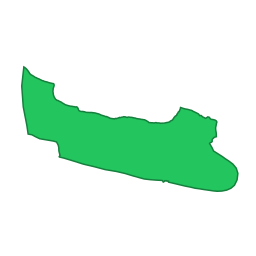 outline of Mad, Vientiane, Laos, rotated 79°
{"feature_id": "54806243B62258390491570", "entity_name": "Mad", "entity_type": "district", "adm_level": 2, "iso_a3": "LAO", "parent_name": "Laos", "parent_adm1": "Vientiane", "projection": "albers", "projection_center": [101.829, 18.685], "detail": "fine", "context": "isolated", "style": "filled", "palette": "green", "viewbox_px": 256, "rotation_deg": 79, "n_neighbors": 0, "source": "geoboundaries", "source_scale": "gbopen_adm2", "svg_char_len": 5344}
<svg xmlns="http://www.w3.org/2000/svg" viewBox="0 0 256 256"><g transform="rotate(79 128 128)"><path d="M188.9,98.5L191.4,92.9L193.6,88.1L196.0,82.8L198.1,77.6L199.9,73.7L201.2,69.8L202.8,65.5L203.9,62.3L206.1,56.0L207.1,52.6L207.8,47.9L207.8,43.0L206.8,38.5L204.5,34.4L199.7,30.8L193.5,28.8L188.1,29.4L183.5,31.9L179.7,35.3L176.8,38.3L174.2,40.7L166.9,48.4L163.6,49.2L160.3,50.3L158.9,50.9L158.2,50.3L157.8,48.5L157.0,47.8L156.0,47.8L154.9,47.2L154.4,46.1L153.6,45.1L153.4,42.9L151.9,42.7L150.4,42.4L148.9,42.3L147.8,42.3L146.1,42.2L144.3,41.9L142.5,41.1L140.2,40.2L139.1,39.6L137.7,40.1L137.0,40.8L136.4,41.9L135.9,42.9L135.3,44.8L134.6,45.5L133.8,45.8L133.1,46.1L132.7,46.7L132.3,47.6L132.5,48.0L132.9,48.8L133.3,50.0L132.9,50.6L132.0,51.6L131.3,52.7L130.6,53.1L129.7,53.8L129.5,54.6L129.5,55.3L128.7,55.6L127.6,56.2L126.8,57.2L124.9,59.7L124.3,60.6L122.9,62.1L122.1,63.9L121.1,65.8L120.3,68.0L119.3,70.0L117.9,72.5L118.5,72.8L118.9,72.9L119.5,73.2L120.0,73.5L120.4,73.9L120.7,74.1L121.1,74.3L121.3,74.4L121.5,74.5L121.7,74.8L121.8,74.9L121.8,75.1L121.8,75.4L122.0,75.5L122.5,76.0L122.8,76.2L123.0,76.4L123.4,76.9L124.0,77.4L124.1,77.5L124.4,77.5L124.5,77.6L124.8,77.8L124.9,78.0L125.0,78.2L125.1,78.5L125.2,78.9L125.3,79.1L125.4,79.4L125.5,79.5L125.8,79.6L125.9,79.8L125.9,80.0L126.0,80.2L126.1,80.3L126.8,81.1L127.1,81.3L127.3,81.4L127.4,81.5L127.5,81.7L127.6,81.8L127.7,82.0L127.9,82.1L128.3,82.3L128.4,82.6L129.0,83.4L128.9,84.0L129.1,84.4L129.2,84.8L129.5,85.5L129.9,85.8L129.9,86.2L129.9,86.5L130.1,86.9L130.1,87.6L130.1,87.9L130.0,88.8L130.1,90.6L130.1,91.3L130.1,91.7L130.0,92.2L129.8,93.4L129.7,93.7L129.7,94.3L129.7,94.8L129.6,95.0L129.5,95.5L129.3,95.6L129.0,96.5L128.9,96.9L128.8,97.2L128.7,97.9L128.6,98.1L128.6,98.4L128.5,98.7L128.3,99.0L128.2,99.2L128.0,99.5L128.0,100.1L128.0,100.4L128.1,101.4L128.0,101.6L127.9,101.8L127.8,102.2L127.5,103.1L127.4,103.7L127.2,104.4L127.2,104.6L127.0,105.1L126.9,105.3L126.8,105.9L126.7,106.2L126.6,106.5L126.2,106.7L126.0,106.9L125.5,107.2L125.3,107.5L124.9,108.0L124.7,108.2L124.3,108.5L124.1,108.8L124.0,109.0L123.7,109.5L123.2,109.9L122.7,111.4L122.4,112.1L122.3,112.4L122.3,112.7L122.1,113.1L122.0,113.5L121.7,114.1L121.5,114.4L121.4,114.8L121.1,115.6L121.1,115.9L121.0,116.1L120.9,116.3L120.7,116.8L120.6,117.1L120.5,117.4L120.4,117.6L120.3,117.8L120.3,118.0L119.9,118.6L119.6,119.0L119.4,119.5L119.4,120.0L119.2,120.4L119.0,120.6L118.9,120.8L118.8,121.2L118.7,121.6L118.5,121.8L118.3,122.0L118.2,122.5L118.1,123.3L117.7,124.1L117.7,124.4L117.3,125.5L117.3,126.1L117.4,126.3L117.5,126.6L117.5,126.9L117.4,127.1L117.2,127.3L117.1,127.7L116.9,127.9L116.6,128.3L116.6,128.6L116.6,128.8L116.4,129.2L116.2,129.6L116.1,129.8L116.1,130.2L116.2,130.6L116.3,130.8L116.3,131.1L116.2,131.6L116.2,132.3L116.3,133.6L116.4,134.0L116.2,134.4L116.0,134.5L116.3,135.4L116.4,136.4L116.6,137.5L116.4,137.7L116.2,138.3L116.3,138.9L116.3,139.0L116.6,139.3L116.2,140.2L116.2,140.4L115.2,143.2L114.7,144.2L114.7,144.4L114.3,144.5L113.6,145.5L113.0,146.4L112.6,147.0L112.7,147.5L112.1,148.4L111.5,149.3L111.1,150.1L110.7,150.9L110.0,152.2L109.2,153.1L108.6,154.1L108.1,155.1L107.6,156.2L107.3,156.7L106.9,157.5L106.7,158.4L106.6,158.6L106.2,159.6L106.3,159.9L105.9,160.5L105.7,161.5L105.5,162.5L105.2,163.8L105.0,164.4L105.0,164.8L104.9,165.2L104.6,166.2L104.1,167.1L103.8,167.5L103.5,168.4L103.3,168.8L103.1,169.3L103.1,169.7L103.0,170.1L102.9,170.6L102.2,172.1L101.5,172.8L100.8,173.1L99.7,173.2L98.6,173.5L98.2,173.7L97.8,173.9L97.4,174.6L97.3,174.9L97.3,175.2L97.3,175.3L97.4,175.5L97.3,175.9L96.7,176.8L96.5,177.8L96.0,178.8L95.8,179.6L95.5,180.6L94.2,183.2L94.0,183.6L93.4,184.7L92.7,185.7L91.8,186.5L91.3,187.2L91.0,187.7L90.6,187.9L90.2,188.2L89.7,188.8L89.5,189.1L88.6,190.4L88.1,190.9L87.6,191.6L87.3,192.2L87.3,192.5L86.8,192.8L86.4,193.2L85.8,193.7L85.5,193.8L84.9,194.0L83.6,194.5L82.7,194.7L81.7,194.8L81.0,194.9L80.2,194.8L79.2,194.8L78.7,194.7L78.2,194.8L77.4,194.6L75.4,194.0L74.9,193.9L74.1,193.4L73.0,192.8L72.5,192.5L71.9,192.4L71.3,192.3L70.8,192.4L70.4,192.5L70.1,192.9L70.0,193.2L69.8,193.8L69.7,194.2L69.5,194.5L69.3,194.9L69.0,195.6L68.7,196.3L67.7,198.2L67.3,198.7L67.2,199.3L66.8,199.9L66.5,200.7L66.1,201.4L65.5,202.2L65.0,203.3L64.5,204.0L64.2,204.2L63.7,205.0L62.9,205.9L62.4,206.8L61.7,207.8L60.9,208.7L60.7,209.2L60.3,209.7L59.8,210.2L59.3,210.6L58.7,211.3L58.3,211.7L58.1,212.0L57.8,212.3L57.6,212.6L57.4,212.8L57.1,213.1L56.1,213.9L55.1,214.3L54.7,214.4L53.9,214.8L53.5,214.9L51.7,215.8L50.4,216.6L50.0,216.9L48.9,217.8L48.2,218.6L66.5,224.3L87.3,226.8L106.4,226.8L114.9,227.2L116.3,223.6L118.8,220.6L121.7,216.7L126.6,203.7L128.1,200.8L131.5,199.8L134.0,199.7L137.3,200.2L142.0,200.0L142.1,200.3L142.5,200.5L143.0,201.0L143.4,200.9L144.2,199.1L145.4,196.5L150.0,187.8L155.0,178.6L159.5,168.6L164.5,158.3L168.4,147.8L172.1,139.5L176.4,131.4L181.1,121.9L182.9,116.2L184.4,110.8L186.0,104.5L186.2,104.3L186.3,104.2L186.5,104.2L186.9,103.9L187.0,103.9L187.3,103.8L187.5,103.8L187.8,103.7L187.8,103.4L187.7,103.2L187.5,102.9L187.4,102.8L187.4,102.6L187.3,102.4L187.2,102.3L187.1,102.2L187.1,101.9L186.8,101.9L186.8,101.7L187.0,101.4L187.0,101.0L187.1,100.8L187.1,100.7L187.1,100.4L187.4,100.3L187.4,100.2L187.4,99.8L187.5,99.6L187.5,99.4L187.8,99.2L188.0,99.0L188.0,98.5L188.4,98.6L188.5,98.6L188.8,98.5L188.9,98.5Z" fill="#22c55e" stroke="#15803d" stroke-width="1.5"/></g></svg>